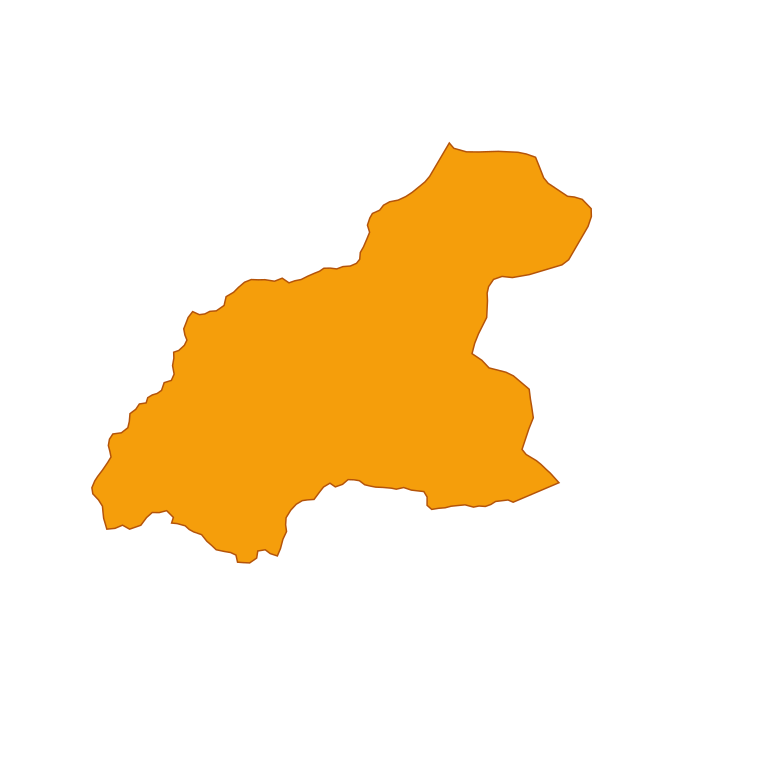 Moreilândia, Pernambuco, Brazil (Mercator projection), rotated 33°
{"feature_id": "56859067B7731358809520", "entity_name": "Moreilândia", "entity_type": "district", "adm_level": 2, "iso_a3": "BRA", "parent_name": "Brazil", "parent_adm1": "Pernambuco", "projection": "mercator", "projection_center": [-39.529, -7.615], "detail": "fine", "context": "isolated", "style": "filled", "palette": "amber", "viewbox_px": 768, "rotation_deg": 33, "n_neighbors": 0, "source": "geoboundaries", "source_scale": "gbopen_adm2", "svg_char_len": 2630}
<svg xmlns="http://www.w3.org/2000/svg" viewBox="0 0 768 768"><g transform="rotate(33 384 384)"><path d="M488.1,306.7L479.9,307.7L463.3,313.3L453.1,310.8L441.3,310.6L437.9,300.5L435.9,290.4L433.9,272.3L425.5,257.9L421.0,251.6L418.7,245.4L418.9,236.6L424.4,229.5L433.7,224.8L446.3,213.1L468.4,187.1L471.2,179.2L469.3,140.7L466.7,130.6L462.2,124.1L449.7,121.2L441.8,123.5L435.7,126.6L412.4,126.3L405.6,124.1L395.0,116.5L387.6,111.3L378.1,113.6L370.2,116.7L353.2,126.6L337.1,137.8L326.7,144.4L314.2,148.3L307.5,146.3L309.2,185.1L308.3,192.2L305.5,201.0L303.3,207.8L300.2,214.9L295.7,222.1L289.5,228.1L286.2,234.3L285.7,240.6L281.4,247.3L281.7,252.5L283.6,259.8L289.3,264.6L290.6,271.4L292.1,280.1L292.5,286.6L295.7,292.6L295.2,297.8L291.5,303.4L285.6,307.9L281.7,313.2L275.8,316.1L270.5,319.7L268.5,324.6L265.3,329.1L261.4,335.0L257.6,341.5L253.0,346.0L249.2,350.9L241.0,350.7L236.2,357.4L227.3,361.4L222.0,365.0L215.8,368.7L211.6,374.6L209.3,382.3L207.9,389.0L204.0,396.7L207.1,405.2L203.5,414.0L198.4,417.9L195.6,422.8L191.4,426.4L184.1,427.5L183.5,434.9L184.9,441.4L186.0,446.8L190.3,451.3L194.8,454.5L195.5,460.3L193.6,467.7L190.3,471.9L193.7,476.8L196.7,483.8L202.6,490.0L203.7,496.8L198.9,502.6L200.9,510.5L198.9,515.5L195.6,519.4L193.3,524.1L194.8,529.4L189.7,534.0L189.6,540.4L187.1,547.2L190.8,554.1L193.0,560.2L190.3,568.0L183.8,573.6L183.8,579.8L186.3,585.7L191.0,590.0L194.8,593.9L195.0,600.4L194.8,609.4L194.2,617.4L194.2,622.8L195.5,630.1L199.6,634.7L207.7,636.7L214.4,639.8L218.6,645.1L222.0,649.3L226.1,652.8L230.6,656.7L237.0,651.6L241.6,644.8L249.7,644.3L257.0,634.9L257.6,625.3L259.6,618.0L265.5,614.3L270.7,608.6L280.0,610.6L281.6,616.3L286.6,613.7L294.5,611.2L299.9,612.1L305.0,611.7L313.1,609.7L321.2,612.4L327.1,613.2L333.5,614.4L341.1,611.5L347.1,608.9L353.0,608.1L358.2,613.2L363.0,610.6L368.8,607.2L372.0,599.3L369.1,592.8L374.7,587.7L380.9,588.2L388.2,586.3L386.8,578.4L383.8,569.3L382.6,560.8L378.2,555.7L374.7,549.5L374.5,540.7L375.9,532.6L379.0,526.3L382.9,522.9L388.2,518.9L388.8,509.6L389.4,503.3L392.7,496.6L399.2,496.8L403.9,490.7L405.9,483.8L411.0,480.7L416.0,478.5L422.7,479.0L428.3,477.0L433.2,475.0L439.3,471.4L446.8,467.4L451.6,465.5L456.9,460.1L464.7,458.1L471.2,454.9L476.0,452.5L481.7,455.3L486.2,462.3L492.3,463.2L497.6,458.4L502.7,454.5L506.9,449.9L512.5,445.4L517.8,441.2L526.1,438.5L530.1,434.6L535.7,431.5L539.2,426.9L541.6,421.7L551.2,413.7L556.7,412.8L584.5,371.5L572.1,368.2L566.6,367.3L559.3,365.9L553.7,365.3L541.6,365.7L535.4,363.7L529.9,342.6L527.6,331.0L519.5,321.8L515.0,316.9L508.6,309.3L497.6,307.9L488.1,306.7Z" fill="#f59e0b" stroke="#b45309" stroke-width="1.5"/></g></svg>